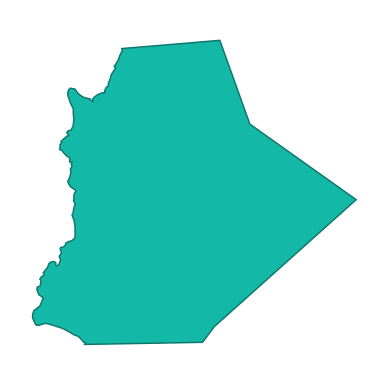 Ngereklengon, Palau, rotated 88°
{"feature_id": "81905179B38855830052729", "entity_name": "Ngereklengon", "entity_type": "district", "adm_level": 2, "iso_a3": "PLW", "parent_name": "Palau", "parent_adm1": "", "projection": "albers", "projection_center": [134.514, 7.51], "detail": "fine", "context": "isolated", "style": "filled", "palette": "teal", "viewbox_px": 384, "rotation_deg": 88, "n_neighbors": 0, "source": "geoboundaries", "source_scale": "gbopen_adm2", "svg_char_len": 1821}
<svg xmlns="http://www.w3.org/2000/svg" viewBox="0 0 384 384"><g transform="rotate(88 192 192)"><path d="M205.4,28.2L126.2,131.8L41.4,158.9L46.2,257.2L48.1,256.7L53.8,259.7L58.3,261.5L60.8,263.2L63.7,265.4L65.6,264.0L68.0,265.9L71.1,268.1L73.3,269.1L76.7,270.0L79.1,271.2L81.5,272.0L83.2,272.0L84.5,274.1L87.9,275.8L89.7,275.5L89.6,277.8L90.6,280.5L91.5,283.1L93.7,286.2L95.7,288.0L98.1,287.8L96.9,289.7L95.3,290.8L94.6,294.0L93.9,296.3L92.3,299.1L90.6,301.1L89.0,302.9L87.0,304.1L85.1,305.3L84.0,310.1L85.6,311.8L88.2,312.7L91.5,312.6L94.3,311.7L98.8,310.5L104.7,307.7L109.2,307.9L114.6,307.6L118.6,308.0L122.2,308.6L126.1,310.9L126.4,313.5L128.3,315.1L131.1,313.1L131.9,315.2L134.8,318.8L136.9,321.2L139.0,320.9L139.9,322.3L142.1,322.2L144.9,322.8L146.2,320.3L148.1,319.1L150.4,317.1L152.3,315.3L153.4,312.9L157.6,313.3L158.2,311.0L160.3,311.8L161.8,310.9L164.9,312.7L168.4,312.3L170.0,312.9L172.7,313.5L177.1,315.8L180.0,314.8L182.7,313.0L185.6,308.9L187.4,307.9L188.4,309.1L191.1,310.2L193.7,310.2L196.8,310.7L200.0,309.1L202.4,310.2L205.6,311.0L209.3,311.7L210.7,312.7L216.2,310.9L222.6,310.1L227.1,310.3L230.5,310.3L233.8,310.7L235.0,312.0L236.5,313.7L237.2,317.0L238.7,319.9L241.0,320.6L242.5,322.5L242.8,325.1L244.5,325.7L248.3,324.6L249.8,325.6L251.5,326.9L255.7,325.7L257.7,326.8L259.8,327.5L261.1,329.8L259.8,330.9L257.9,330.5L256.7,332.4L257.0,335.4L258.7,337.6L262.2,338.9L267.6,343.5L270.0,342.5L271.3,345.3L273.9,347.1L275.0,346.0L280.7,347.0L281.6,349.9L284.2,350.4L289.4,348.6L292.4,344.3L300.7,348.0L305.0,354.1L307.8,355.2L312.0,355.8L316.7,353.9L319.3,352.8L320.0,349.6L318.4,345.0L318.4,341.4L319.9,336.9L323.8,326.1L327.6,319.4L330.5,315.2L332.2,310.9L335.4,307.7L338.4,305.5L339.3,303.4L340.6,304.5L342.6,186.7L327.3,174.4L205.4,28.2Z" fill="#14b8a6" stroke="#0f766e" stroke-width="1.5"/></g></svg>